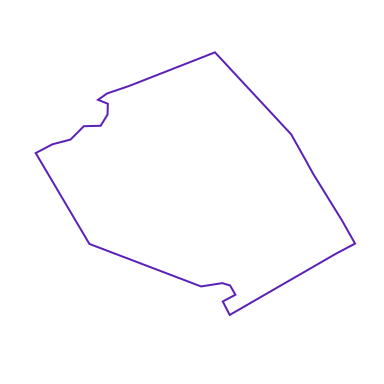 the district of Highland, Ohio, United States of America, rotated 239°
{"feature_id": "52423323B51867153498623", "entity_name": "Highland", "entity_type": "district", "adm_level": 2, "iso_a3": "USA", "parent_name": "United States of America", "parent_adm1": "Ohio", "projection": "equal_earth", "projection_center": [-83.601, 39.199], "detail": "fine", "context": "isolated", "style": "outline", "palette": "violet", "viewbox_px": 384, "rotation_deg": 239, "n_neighbors": 0, "source": "geoboundaries", "source_scale": "gbopen_adm2", "svg_char_len": 454}
<svg xmlns="http://www.w3.org/2000/svg" viewBox="0 0 384 384"><g transform="rotate(239 192 192)"><path d="M67.2,161.0L65.0,283.3L63.8,305.2L90.7,305.9L144.8,305.2L160.5,305.8L190.3,306.7L299.9,283.6L315.3,192.7L320.2,170.0L319.4,158.9L311.0,165.3L301.9,159.5L295.8,147.8L304.1,133.2L299.5,114.9L304.8,96.9L305.9,78.1L200.3,77.3L106.4,151.1L98.3,171.0L92.3,176.5L81.6,176.3L82.3,162.0L67.2,161.0Z" fill="none" stroke="#5b21b6" stroke-width="2"/></g></svg>